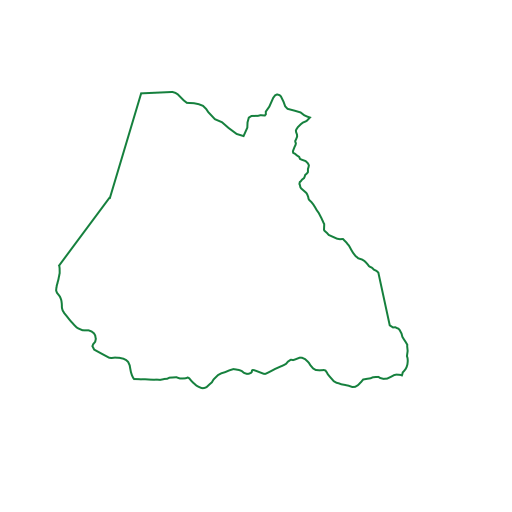 Bordelais, Praslin, Saint Lucia, rotated 21°
{"feature_id": "8701671B2612636818679", "entity_name": "Bordelais", "entity_type": "district", "adm_level": 2, "iso_a3": "LCA", "parent_name": "Saint Lucia", "parent_adm1": "Praslin", "projection": "albers", "projection_center": [-60.899, 13.896], "detail": "fine", "context": "isolated", "style": "outline", "palette": "green", "viewbox_px": 512, "rotation_deg": 21, "n_neighbors": 0, "source": "geoboundaries", "source_scale": "gbopen_adm2", "svg_char_len": 6004}
<svg xmlns="http://www.w3.org/2000/svg" viewBox="0 0 512 512"><g transform="rotate(21 256 256)"><path d="M90.5,145.3L98.8,254.2L98.3,254.3L81.3,315.0L75.6,335.5L75.9,335.7L76.0,335.9L76.7,337.2L77.0,337.7L77.1,338.0L77.3,338.5L77.8,339.7L78.2,340.7L78.5,341.5L78.8,342.2L79.0,343.1L79.0,343.6L79.1,343.9L79.2,344.2L79.3,345.1L79.5,345.9L79.5,346.3L79.6,346.9L79.7,347.3L79.8,348.0L79.9,348.3L79.9,348.6L80.0,349.1L80.0,349.3L80.1,349.9L80.1,350.2L80.2,351.2L80.2,351.8L80.4,352.2L80.4,352.8L80.5,354.2L80.6,354.5L80.6,354.9L80.6,355.1L80.7,355.6L80.8,355.8L81.0,356.6L81.0,357.2L81.2,357.8L81.4,358.5L81.6,359.4L81.9,360.0L83.4,361.7L83.6,361.8L84.4,362.3L85.3,362.8L85.6,363.0L86.3,363.4L86.9,363.8L87.3,364.1L87.5,364.2L87.7,364.4L87.9,364.6L88.2,365.0L88.5,365.2L88.7,365.4L89.1,365.9L89.8,366.7L90.2,367.3L90.7,368.1L91.0,368.7L91.4,369.4L91.8,370.2L92.2,371.1L92.5,371.8L92.6,372.0L92.8,372.6L93.3,373.7L93.6,374.2L93.7,374.4L94.1,374.9L94.3,375.2L95.0,376.1L95.8,376.8L96.7,377.4L96.9,377.6L97.2,377.9L98.4,378.6L100.7,379.9L102.7,381.1L104.2,382.0L104.9,382.4L107.1,383.6L108.8,384.4L109.9,385.0L111.7,385.9L112.0,386.0L113.3,386.6L114.3,387.0L116.0,387.3L120.5,387.5L122.7,386.8L126.4,385.4L128.1,385.4L129.6,385.4L132.5,386.3L134.2,387.7L134.4,387.9L135.7,390.1L136.1,390.6L136.2,391.0L136.6,393.7L135.7,396.4L135.6,396.6L135.6,397.5L135.6,398.8L138.5,401.4L140.0,401.6L146.7,402.5L153.0,403.3L155.3,403.6L157.5,403.1L160.9,401.3L162.0,401.0L162.6,400.8L164.1,400.3L165.0,400.0L167.1,399.7L169.0,399.4L172.1,399.7L172.6,399.9L173.0,400.1L173.7,400.3L174.7,400.8L177.3,403.4L177.4,403.6L178.9,406.1L180.9,409.3L182.2,410.9L182.9,411.8L184.9,413.7L186.3,414.6L188.4,413.8L189.0,413.6L191.0,412.9L192.4,412.5L192.9,412.3L196.7,410.8L201.9,409.2L204.8,408.2L206.7,407.4L207.3,407.1L207.5,407.1L207.9,406.9L208.2,406.8L210.9,406.0L213.6,404.3L214.7,403.5L215.0,403.4L216.3,402.8L217.0,402.5L218.8,400.6L220.6,399.8L221.5,399.4L223.4,398.5L224.7,397.9L225.1,397.7L227.0,397.7L228.8,397.6L229.3,397.4L230.5,397.0L231.0,396.8L233.5,395.7L234.9,394.8L235.5,394.2L235.8,393.9L237.5,394.1L239.4,395.2L241.1,396.1L241.7,396.3L242.4,396.7L244.4,397.4L246.4,398.2L247.8,398.5L249.6,398.7L252.2,398.8L252.8,398.7L253.2,398.6L253.4,398.6L254.4,398.1L255.4,397.5L256.1,396.8L256.8,396.2L257.0,395.8L258.7,392.3L260.1,389.7L260.2,388.9L260.6,386.6L261.1,385.4L262.6,382.1L262.9,381.5L263.2,380.8L263.7,380.2L265.7,377.9L268.8,375.5L272.0,372.4L272.4,372.1L272.5,372.0L272.6,371.9L274.4,370.5L275.4,369.7L278.0,369.1L278.6,369.0L279.2,368.9L280.5,368.6L281.7,368.5L283.9,368.5L285.1,368.9L285.4,369.0L285.9,369.2L286.7,369.4L287.8,369.4L289.7,369.3L290.9,368.8L291.6,368.4L292.1,367.9L293.1,367.0L293.5,366.1L293.6,365.9L293.4,364.7L293.3,364.3L293.6,364.0L293.7,363.7L294.9,363.3L297.4,363.2L301.6,363.2L302.0,363.2L305.3,363.2L306.1,363.0L307.1,362.6L309.1,360.5L311.0,358.4L313.7,355.3L314.1,354.8L314.6,354.3L319.1,349.8L319.4,349.6L321.3,347.6L322.7,345.9L323.2,344.5L323.3,344.2L323.7,343.1L325.0,341.3L325.4,340.6L325.8,340.4L326.2,340.2L327.9,339.9L328.2,339.7L329.9,338.3L331.2,337.1L333.3,335.2L335.4,334.5L338.8,334.7L341.3,335.7L341.5,335.8L342.1,336.0L343.8,336.9L344.0,337.0L344.3,337.3L344.6,337.5L345.9,338.5L349.6,340.5L352.6,341.0L355.8,340.1L356.2,340.0L359.1,338.7L359.3,338.6L359.6,338.4L360.0,338.2L361.9,338.0L362.7,338.6L363.7,339.2L364.9,340.2L365.3,340.6L367.9,342.1L369.8,343.1L370.2,343.3L370.6,343.5L372.3,344.4L373.4,345.0L375.9,345.4L376.6,345.5L378.9,345.2L379.2,345.2L381.6,345.2L385.7,344.4L386.0,344.4L388.4,344.0L388.6,344.0L388.9,343.9L389.6,343.9L392.8,343.8L395.3,342.7L395.7,342.3L396.1,341.8L397.3,340.3L397.5,340.0L397.9,339.1L398.5,337.8L398.5,337.6L399.3,335.9L400.3,332.9L402.8,331.4L403.6,330.9L406.1,329.5L406.9,329.0L407.9,328.0L408.5,327.4L409.9,326.7L411.4,325.9L411.8,325.8L413.7,325.0L415.1,325.3L415.5,325.4L416.3,325.3L416.6,325.3L419.1,325.0L421.4,323.9L422.3,323.5L422.9,322.9L425.2,320.5L426.6,318.9L427.6,317.7L429.6,316.4L432.2,315.6L433.7,315.2L434.3,315.2L435.0,315.2L435.0,314.3L434.7,312.1L435.5,310.1L436.2,307.7L436.4,305.7L436.2,303.0L435.5,300.3L435.0,298.9L434.0,296.9L432.8,295.4L431.6,290.3L429.5,286.1L429.0,284.6L426.6,282.7L423.8,280.7L421.6,279.0L419.7,276.3L416.6,273.6L415.0,272.8L413.3,272.8L411.6,272.6L409.5,273.6L405.7,272.8L376.2,227.7L374.9,227.1L373.5,226.7L370.9,226.5L369.0,225.6L367.9,225.3L366.7,225.3L365.1,225.0L363.4,223.9L361.1,222.7L359.0,221.8L356.3,221.3L352.2,221.5L350.4,220.8L349.2,220.5L347.5,219.5L345.4,218.2L342.7,216.1L340.4,214.1L338.9,212.9L337.3,212.1L335.9,211.2L334.7,210.6L332.6,209.7L331.3,209.0L330.8,209.1L329.5,209.7L328.9,210.0L328.1,210.3L325.4,210.8L316.4,210.3L315.6,209.9L314.1,209.1L310.9,207.9L310.1,207.2L308.7,203.0L308.2,201.7L307.0,200.7L305.7,199.3L305.5,199.2L303.5,197.2L302.8,196.6L299.1,193.3L296.2,191.4L293.4,189.1L293.2,189.0L291.1,187.4L288.4,185.8L286.7,185.1L285.4,184.5L284.5,183.7L283.6,182.2L281.7,180.1L280.4,179.1L273.9,176.7L272.9,176.0L271.3,173.7L270.7,173.2L270.4,171.2L271.0,170.3L271.6,168.2L272.9,166.1L273.0,164.7L272.9,162.6L273.7,161.2L274.4,159.4L274.2,158.5L273.3,156.1L273.2,154.2L272.9,152.5L272.2,151.7L270.9,150.7L268.3,149.6L264.1,149.7L262.3,149.6L260.8,148.0L258.0,147.4L255.8,146.6L254.8,146.5L253.8,146.4L253.1,145.4L252.9,144.5L252.9,140.6L253.1,138.0L252.8,136.4L251.9,135.5L251.4,134.6L251.6,132.6L251.6,129.8L250.8,128.0L249.0,125.9L248.3,124.6L248.3,123.4L248.9,120.7L250.6,116.9L252.0,114.6L254.2,112.5L255.0,111.5L256.7,107.4L253.7,107.5L250.5,107.3L246.2,106.0L239.9,106.5L232.7,107.3L229.6,105.8L226.4,102.1L222.1,98.1L220.4,97.4L217.8,97.6L216.3,99.1L215.4,102.1L214.9,111.8L213.4,117.7L214.4,120.2L213.9,121.7L209.8,122.9L207.7,124.4L201.6,126.9L199.7,129.4L200.2,134.3L201.9,139.3L201.4,148.5L194.2,149.0L184.5,146.3L176.3,143.3L168.6,143.0L159.9,138.8L156.8,136.6L152.7,134.8L148.1,134.8L143.3,135.6L136.6,137.8L132.7,136.6L125.0,133.1L122.3,132.6L119.2,132.8L90.8,145.2L90.5,145.3Z" fill="none" stroke="#15803d" stroke-width="2"/></g></svg>